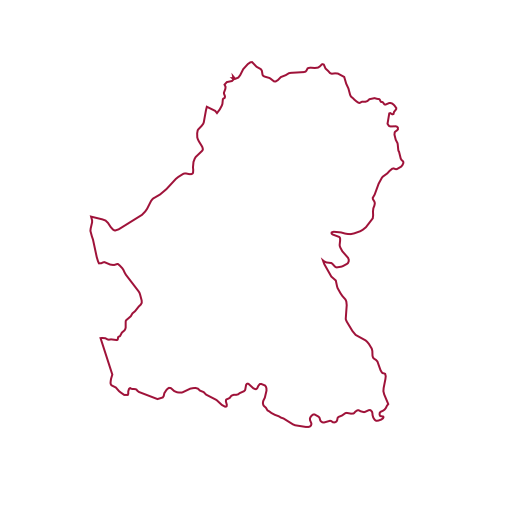 SVG path tracing the border of Nakhon Ratchasima, rotated 346°
{"feature_id": "THA-441", "entity_name": "Nakhon Ratchasima", "entity_type": "Province", "adm_level": 1, "iso_a3": "THA", "parent_name": "Thailand", "parent_adm1": "", "projection": "natural_earth1", "projection_center": [102.187, 14.947], "detail": "fine", "context": "isolated", "style": "outline", "palette": "rose", "viewbox_px": 512, "rotation_deg": 346, "n_neighbors": 0, "source": "natural_earth", "source_scale": "10m", "svg_char_len": 6082}
<svg xmlns="http://www.w3.org/2000/svg" viewBox="0 0 512 512"><g transform="rotate(346 256 256)"><path d="M94.5,358.9L91.7,355.7L90.4,354.0L88.2,349.7L84.7,346.7L84.3,346.1L84.1,345.2L84.1,344.1L84.8,342.1L85.7,340.0L87.9,336.3L85.3,298.1L86.9,298.3L90.0,299.4L91.7,301.0L92.9,301.6L95.2,301.8L100.6,303.9L101.3,303.8L101.7,303.4L102.6,301.4L103.2,301.1L104.5,300.9L105.0,300.5L107.3,297.9L110.3,296.4L111.3,295.5L112.2,294.0L113.6,288.4L114.0,287.4L114.5,286.9L119.9,284.2L122.2,281.8L125.3,280.3L130.1,276.6L132.4,275.3L133.8,273.8L134.3,271.6L134.2,265.1L134.0,263.3L133.4,261.6L125.2,242.7L124.5,240.2L124.0,237.5L123.3,235.5L121.5,232.3L120.5,230.9L120.1,230.4L119.5,230.2L116.5,230.4L115.1,230.1L112.4,229.0L107.5,225.3L106.2,225.2L104.0,225.6L101.8,225.1L101.4,222.7L101.2,218.5L101.8,200.7L101.5,197.1L101.4,191.6L102.2,189.4L105.1,183.7L105.6,181.8L105.5,177.9L115.8,183.3L118.6,185.2L120.4,188.1L122.0,192.7L123.6,195.7L124.6,196.7L125.4,197.2L129.2,196.9L155.3,188.5L159.3,186.0L161.8,183.8L167.5,177.2L169.0,176.0L170.2,175.3L177.8,173.1L185.3,169.4L196.9,161.8L199.7,160.5L204.9,158.8L206.2,158.6L207.9,158.9L211.0,160.4L213.1,160.9L214.2,160.7L214.9,160.2L215.2,159.6L215.9,157.3L216.3,154.7L218.1,149.6L220.1,146.7L221.5,145.3L229.2,140.9L230.1,140.0L230.3,139.2L230.3,137.5L229.9,135.9L228.3,130.9L227.8,128.5L227.7,126.7L228.6,122.7L229.8,120.0L230.6,119.2L234.7,116.6L236.7,115.0L237.6,113.8L242.7,102.5L244.4,99.3L251.5,105.3L252.7,107.9L256.3,105.0L259.2,101.8L260.2,100.3L261.8,95.8L262.3,95.4L263.7,95.1L264.4,94.1L264.5,93.1L264.2,90.7L264.4,89.8L266.7,86.4L267.4,84.5L266.9,82.1L269.8,80.2L275.0,80.4L277.2,79.1L276.0,77.6L276.7,77.7L277.1,77.4L277.2,76.1L278.6,79.1L282.0,78.6L284.4,76.7L288.8,71.6L294.5,67.8L297.4,66.7L299.1,66.9L302.3,72.5L305.7,75.7L306.1,76.3L306.5,77.8L306.2,81.5L306.3,82.4L306.9,83.3L308.1,84.2L311.9,86.4L312.8,87.2L315.7,90.9L316.4,91.2L317.3,91.4L319.8,90.6L323.4,88.4L328.7,87.7L332.1,86.6L334.0,86.7L346.8,89.1L348.6,89.1L349.7,88.4L351.5,86.4L352.8,86.3L354.6,86.5L358.5,87.8L361.7,88.2L363.8,87.5L366.1,86.1L366.7,85.9L367.4,86.2L368.1,86.7L368.8,90.9L370.9,94.1L372.0,96.3L372.7,96.9L373.7,97.5L377.0,97.9L379.6,98.8L384.9,103.6L385.2,110.6L386.2,115.8L386.3,122.3L386.6,123.8L386.8,124.4L388.5,126.7L389.2,128.0L390.8,130.2L392.1,131.7L393.2,132.5L393.9,132.5L395.8,132.0L396.5,132.0L399.4,132.8L401.6,132.6L404.0,131.3L409.2,131.5L411.5,132.8L413.5,133.6L413.9,134.2L414.3,136.2L414.7,136.8L415.9,137.2L416.4,137.8L417.2,139.8L417.8,140.3L418.5,140.4L422.2,139.8L423.3,140.0L424.9,140.9L426.1,142.4L426.8,143.6L427.9,146.4L427.5,147.5L424.8,149.6L423.7,151.5L422.5,151.5L420.8,149.8L419.8,149.9L415.6,159.5L416.4,161.8L416.9,162.3L418.1,162.9L422.8,163.9L423.9,164.5L424.5,165.3L424.7,165.9L424.3,167.5L423.2,168.2L421.0,169.1L420.5,169.6L419.7,171.7L419.7,177.0L420.6,180.8L420.5,182.1L419.7,187.5L419.7,188.6L420.0,189.4L420.0,196.6L420.5,198.1L421.6,199.8L421.7,200.6L421.3,201.7L420.1,203.2L418.5,204.4L413.6,205.8L412.3,205.4L410.7,204.3L409.2,204.3L406.1,205.8L403.4,207.6L398.2,209.7L397.1,210.5L392.5,215.5L386.0,225.1L383.3,227.9L383.2,229.2L384.0,231.7L384.1,232.8L383.9,234.0L383.0,235.8L381.4,238.1L380.3,241.0L379.5,244.8L378.4,247.7L369.6,254.7L365.9,256.4L363.1,257.2L356.7,257.8L353.3,257.7L350.5,256.9L347.9,255.8L344.2,253.7L337.3,251.3L335.7,251.3L335.1,251.5L334.8,252.1L334.9,252.8L335.6,253.7L341.0,257.4L341.5,257.8L341.8,258.5L341.8,259.7L341.3,261.5L339.8,265.6L339.7,266.9L339.9,268.4L340.9,272.3L344.9,280.1L345.1,282.1L344.6,283.7L343.4,285.2L342.2,285.7L338.0,286.8L336.4,287.0L331.6,286.6L330.7,286.1L330.0,285.3L328.3,282.2L327.5,281.1L322.8,279.3L320.7,277.6L319.9,276.5L320.3,280.4L324.1,294.2L327.5,299.1L327.3,305.1L327.4,306.9L329.0,312.7L330.2,315.9L332.2,319.7L332.5,320.8L332.6,322.3L332.1,325.7L327.9,338.6L327.8,339.5L328.2,341.7L331.4,352.1L333.6,356.7L341.9,364.4L343.1,366.2L344.3,368.7L345.9,373.9L345.9,375.0L345.9,376.3L344.9,381.0L345.0,383.0L345.7,384.2L347.3,385.9L348.3,387.8L349.2,396.9L349.8,399.0L350.4,400.2L351.7,400.8L352.8,401.6L352.8,404.0L351.8,406.7L347.9,415.0L346.9,418.0L346.9,421.3L348.5,431.7L346.9,432.9L345.1,435.0L343.5,436.2L341.6,436.9L339.3,437.3L338.2,438.0L337.6,439.4L337.6,440.9L338.0,441.4L340.6,442.6L340.7,443.2L340.0,444.2L338.0,445.0L334.9,445.3L333.2,445.1L332.4,444.7L331.6,443.7L331.0,442.1L330.7,441.1L330.6,438.6L330.9,436.7L330.9,435.3L330.5,434.4L329.8,433.3L329.1,433.0L328.0,432.9L323.7,433.7L322.7,433.5L320.0,432.0L318.3,430.5L317.6,430.3L316.5,430.4L314.7,431.1L313.1,432.2L312.4,432.4L310.1,432.0L306.8,430.5L305.7,430.1L304.7,430.1L300.8,431.6L297.3,432.1L296.6,432.4L296.0,432.9L295.1,434.8L294.2,435.9L293.6,436.2L292.1,436.5L290.5,436.0L289.0,434.3L288.0,433.8L281.8,434.0L280.9,433.8L280.0,433.3L278.9,432.0L278.6,431.1L278.5,428.5L278.3,427.8L277.5,426.7L274.6,424.0L273.9,423.7L272.9,423.7L271.3,424.4L269.7,425.7L269.0,426.8L268.7,428.4L269.2,431.6L269.1,432.4L268.4,433.7L267.3,434.4L265.7,434.6L262.7,433.8L253.0,429.7L251.1,428.3L243.4,420.3L241.2,418.9L239.3,417.0L235.9,414.7L232.9,412.0L231.3,410.0L229.8,408.6L228.9,405.6L227.4,403.4L227.1,402.7L227.0,401.0L227.4,399.5L228.1,398.2L230.3,395.6L233.6,389.2L234.1,386.9L234.0,385.2L233.4,383.8L230.1,381.4L228.7,381.2L226.9,382.5L225.1,384.7L223.9,385.2L223.1,385.0L221.4,383.7L217.9,378.4L217.4,378.0L216.8,377.8L216.1,377.9L215.2,378.7L213.2,383.1L212.8,383.6L211.6,384.3L207.0,385.1L205.2,385.9L203.1,385.9L200.9,385.3L198.9,385.5L197.9,385.9L196.2,387.3L194.7,387.7L192.6,388.0L192.1,388.4L191.6,389.8L191.7,393.3L191.1,394.7L190.4,394.9L189.5,394.7L186.8,392.2L183.0,386.4L182.1,385.5L174.0,378.4L172.3,375.4L169.0,373.0L167.6,370.7L165.4,369.4L163.1,369.0L160.2,368.8L151.8,370.5L150.7,370.5L147.5,369.6L146.1,368.9L143.9,367.2L141.6,363.8L141.1,363.4L139.6,362.9L138.2,363.4L136.7,364.3L133.9,366.9L132.6,369.5L131.3,370.7L125.8,371.0L109.5,359.6L108.3,358.1L107.7,356.7L107.0,356.2L105.9,355.7L103.8,355.1L102.5,354.4L102.1,353.8L101.4,353.8L100.6,354.3L99.3,356.4L98.7,358.8L97.9,359.8L94.5,358.9Z" fill="none" stroke="#9f1239" stroke-width="2"/></g></svg>